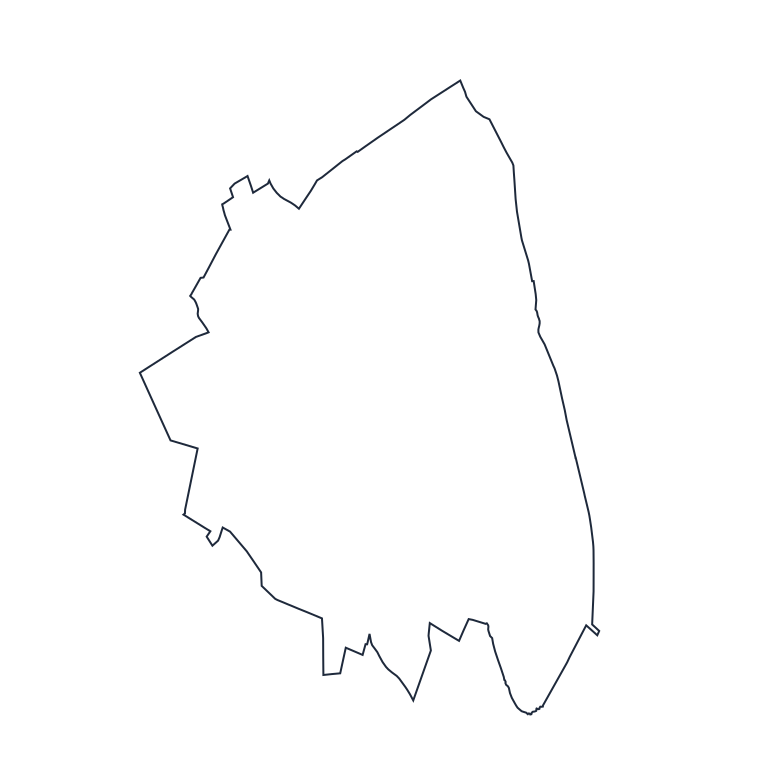 outline of Kandava, Kandavas, Latvia, rotated 97°
{"feature_id": "27541924B48959095645396", "entity_name": "Kandava", "entity_type": "district", "adm_level": 2, "iso_a3": "LVA", "parent_name": "Latvia", "parent_adm1": "Kandavas", "projection": "natural_earth1", "projection_center": [22.784, 57.039], "detail": "fine", "context": "isolated", "style": "outline", "palette": "slate", "viewbox_px": 768, "rotation_deg": 97, "n_neighbors": 0, "source": "geoboundaries", "source_scale": "gbopen_adm2", "svg_char_len": 3552}
<svg xmlns="http://www.w3.org/2000/svg" viewBox="0 0 768 768"><g transform="rotate(97 384 384)"><path d="M156.8,438.4L156.4,439.5L161.1,444.7L165.9,450.0L167.8,452.4L186.2,470.5L190.1,475.3L194.1,477.0L201.3,480.2L208.2,483.7L220.4,489.8L217.7,493.9L216.5,496.2L215.3,498.6L213.9,502.2L212.5,505.8L211.5,507.7L210.6,509.6L209.0,511.6L207.4,513.7L205.4,515.7L203.4,517.7L201.1,519.4L198.8,521.1L197.3,521.9L195.9,522.7L197.6,523.2L199.2,523.6L209.6,536.6L210.1,537.2L204.0,540.0L194.2,544.8L195.0,545.8L203.3,556.7L208.6,560.6L217.0,556.6L224.3,565.0L225.4,566.5L226.4,566.2L228.6,565.3L231.0,564.5L233.3,563.5L235.8,562.5L240.7,559.9L249.5,555.2L249.7,556.3L275.9,566.8L290.2,572.2L300.3,576.1L301.0,579.0L312.6,583.8L317.6,585.9L318.1,586.0L320.2,587.1L321.2,585.9L323.3,582.7L325.3,581.2L326.9,580.2L330.1,578.6L332.2,577.6L334.0,577.5L337.0,577.5L339.3,576.8L340.9,575.8L345.1,571.8L350.5,567.0L354.1,564.4L354.5,565.1L360.2,576.4L377.3,597.2L402.6,627.7L435.1,607.9L466.0,589.0L470.7,561.1L533.0,566.1L534.2,566.0L535.3,565.9L535.8,565.9L536.2,565.9L536.7,565.8L538.1,567.1L548.7,544.2L551.3,538.4L557.1,541.4L565.4,534.6L559.7,529.6L556.1,528.5L549.1,527.2L546.1,526.6L549.0,519.5L549.2,518.9L566.9,499.7L568.2,498.6L575.9,491.8L586.0,483.0L599.3,480.8L610.5,465.8L611.4,463.4L613.2,456.8L614.6,451.9L615.2,449.6L615.4,448.9L617.5,441.4L619.9,432.4L624.2,417.0L642.8,413.6L644.0,413.4L662.1,411.1L680.2,408.7L678.3,400.5L676.5,392.2L663.4,391.0L650.4,389.8L655.5,372.2L644.5,370.6L644.4,369.0L641.8,368.7L637.8,368.3L633.8,367.9L641.8,365.4L644.7,363.9L647.8,360.9L651.0,357.9L654.5,355.6L660.2,351.5L664.5,347.6L666.7,345.0L669.4,340.8L672.2,335.8L674.5,333.0L682.1,325.9L684.4,323.9L688.8,320.4L694.5,316.4L642.8,305.0L628.5,309.1L626.2,309.2L615.7,309.4L621.7,296.6L626.6,285.5L629.8,278.2L618.9,275.0L607.0,271.3L607.3,267.2L609.5,254.8L609.7,254.1L609.0,252.8L610.8,251.2L612.1,250.8L614.9,250.7L616.4,250.2L621.2,248.0L623.0,245.7L628.6,244.0L635.9,241.1L644.3,237.1L651.9,233.3L660.2,229.4L663.1,228.5L663.4,227.8L665.0,226.9L665.9,227.1L667.6,226.2L669.0,224.1L670.5,223.0L675.4,221.3L679.9,218.9L684.6,215.5L687.0,213.7L689.0,212.0L690.5,209.8L692.0,207.5L692.5,205.1L692.9,202.8L693.4,202.1L693.9,201.5L694.0,201.3L694.2,201.0L693.4,200.4L693.4,199.3L694.2,198.6L693.8,197.5L692.7,197.4L691.3,196.6L690.9,195.4L690.7,194.5L690.6,194.3L689.9,193.1L689.2,193.0L688.1,193.2L687.5,193.0L687.9,191.4L687.8,190.6L687.4,190.1L686.2,190.1L685.2,189.5L685.2,188.3L684.8,187.0L683.8,187.1L638.0,168.3L632.5,166.5L598.9,153.9L607.4,141.7L602.9,140.3L597.3,148.1L564.4,150.7L550.2,152.4L536.2,154.1L523.3,155.8L519.7,156.4L515.4,157.3L501.0,160.9L493.5,163.0L489.7,164.1L486.1,165.3L479.1,167.9L473.5,170.0L470.6,171.1L467.7,172.1L451.3,178.2L433.9,184.7L434.0,184.9L433.0,185.2L423.8,188.6L397.6,198.3L387.9,201.4L376.6,205.5L360.0,211.2L354.6,213.3L347.7,216.6L345.3,218.1L325.1,229.4L318.0,234.7L314.0,237.0L311.2,237.4L309.7,237.3L307.1,237.0L304.8,236.9L302.5,237.2L301.3,237.8L300.4,238.1L298.4,239.3L297.1,239.9L294.1,240.8L292.8,241.5L291.6,242.7L282.2,243.1L276.3,244.4L263.6,248.0L263.9,249.5L247.0,254.8L243.8,256.0L224.6,264.6L222.2,265.4L196.8,273.0L184.4,275.9L165.4,279.5L158.8,280.8L151.3,282.2L149.1,283.4L148.7,283.6L139.5,290.5L134.6,293.9L129.6,297.2L119.0,304.4L108.4,311.6L106.7,317.7L102.1,326.0L88.8,337.2L84.1,339.2L80.8,341.2L80.3,341.5L73.5,345.3L80.8,354.1L88.8,363.7L89.8,364.9L95.7,372.0L113.7,390.7L119.3,396.0L140.2,420.1L150.2,431.2L156.3,437.9L156.8,438.4Z" fill="none" stroke="#1e293b" stroke-width="2"/></g></svg>